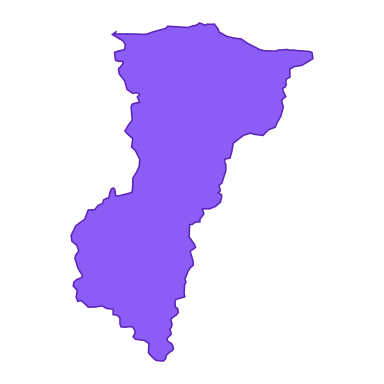 the district of Ansina, Tacuarembó, Uruguay
{"feature_id": "84410073B28214065612775", "entity_name": "Ansina", "entity_type": "district", "adm_level": 2, "iso_a3": "URY", "parent_name": "Uruguay", "parent_adm1": "Tacuarembó", "projection": "natural_earth1", "projection_center": [-55.347, -31.995], "detail": "fine", "context": "isolated", "style": "filled", "palette": "violet", "viewbox_px": 384, "rotation_deg": 0, "n_neighbors": 0, "source": "geoboundaries", "source_scale": "gbopen_adm2", "svg_char_len": 4599}
<svg xmlns="http://www.w3.org/2000/svg" viewBox="0 0 384 384"><path d="M112.3,34.5L117.7,37.7L123.0,40.9L125.1,44.1L125.1,46.9L124.5,49.6L122.6,50.1L118.1,51.0L114.5,52.4L114.9,56.0L115.5,60.3L118.4,61.4L122.9,61.4L122.8,64.0L118.4,69.0L119.3,74.1L124.7,80.9L127.0,89.5L129.6,91.1L132.6,93.4L136.7,92.7L139.1,93.6L139.5,94.7L137.3,96.8L138.3,99.2L139.1,101.2L139.5,102.4L136.4,102.8L132.2,104.1L131.1,106.8L132.2,120.3L128.9,124.2L124.9,131.0L128.9,135.3L132.8,138.7L131.5,147.1L135.2,150.3L139.7,159.2L139.2,166.5L136.5,172.2L132.9,177.9L132.7,185.6L132.4,190.1L131.6,192.5L124.2,194.5L118.2,196.0L115.7,195.8L115.4,193.4L115.0,190.0L113.4,187.9L111.3,189.0L109.8,192.9L108.8,197.8L106.7,198.4L103.7,199.7L102.7,203.3L101.2,204.0L98.0,205.5L94.6,209.7L88.2,210.0L84.7,219.2L75.9,225.7L71.1,235.4L71.9,241.3L76.8,245.3L78.7,251.0L75.5,255.4L74.9,258.6L76.4,262.7L77.7,267.6L79.8,271.4L82.2,275.1L81.9,277.5L76.8,279.5L73.8,282.2L73.2,286.1L77.2,290.3L76.2,297.2L77.8,301.3L81.4,300.7L84.7,303.7L88.3,307.2L95.3,307.0L102.3,305.9L106.4,308.4L113.1,309.3L113.1,314.7L117.0,315.1L119.9,317.8L120.0,324.3L121.2,327.0L123.3,327.1L125.6,327.2L129.7,326.7L132.5,327.0L134.8,330.5L135.0,333.4L133.1,336.8L135.3,339.1L139.1,339.8L144.0,340.3L148.9,343.5L148.4,352.6L149.9,354.7L152.8,357.6L155.9,360.3L160.1,360.9L163.3,361.0L165.3,359.3L166.5,355.2L169.7,352.1L172.2,350.6L173.5,348.8L172.5,345.1L171.1,343.1L168.7,342.1L166.8,339.4L168.1,337.3L171.1,334.5L170.9,332.1L170.0,329.4L171.5,326.8L172.1,324.0L171.3,322.1L171.0,319.3L172.6,317.5L176.1,315.2L178.3,312.4L177.6,308.4L175.3,306.9L175.0,301.9L176.0,299.3L184.8,296.9L184.1,292.9L184.6,285.0L185.9,282.2L184.9,279.1L188.1,271.2L190.3,267.7L193.3,265.2L193.1,261.1L191.0,254.2L190.2,251.3L195.5,247.5L194.7,244.9L189.1,236.7L189.5,228.8L189.6,224.6L192.3,224.5L195.3,222.2L199.9,221.9L199.9,219.3L201.4,217.4L203.9,213.9L202.3,208.8L209.4,208.9L215.2,206.6L220.4,202.3L221.7,196.9L221.6,194.7L219.0,193.4L218.2,192.8L220.1,191.3L220.1,189.7L219.0,185.2L221.8,183.3L223.7,177.4L225.8,170.9L225.9,164.5L224.7,162.4L224.8,159.2L230.0,158.1L231.9,151.3L233.3,143.2L243.6,135.3L250.4,133.2L254.7,134.4L263.0,135.5L268.3,129.9L275.2,127.2L277.1,122.7L280.8,116.3L283.3,107.1L281.6,100.7L282.9,98.8L285.8,96.6L284.4,93.7L283.0,90.7L282.7,88.4L285.3,86.9L286.4,84.4L285.7,82.2L286.5,79.1L290.0,77.1L289.8,69.2L294.4,66.5L301.9,65.4L312.9,58.7L312.9,58.4L312.8,57.8L312.6,56.9L312.6,56.4L312.5,55.7L312.3,54.8L312.2,53.8L312.1,53.1L312.1,52.8L312.0,52.7L311.9,52.6L311.6,52.4L311.3,52.3L310.7,52.0L310.4,51.9L310.0,51.7L309.4,51.6L308.9,51.4L308.7,51.4L308.2,51.3L307.9,51.3L307.3,51.3L306.4,51.2L305.2,51.1L304.2,51.1L303.3,51.0L302.3,50.9L301.4,50.9L300.5,50.8L299.7,50.8L298.8,50.7L298.0,50.6L297.0,50.5L296.1,50.4L295.2,50.3L294.5,50.2L294.0,50.1L293.5,50.1L293.0,50.0L292.6,50.0L292.3,50.0L292.1,50.0L291.7,50.0L291.0,50.1L290.7,50.1L290.1,50.2L289.9,50.2L289.6,50.2L289.3,50.2L289.1,50.1L288.8,50.0L288.4,49.9L288.0,49.7L287.5,49.6L287.2,49.5L286.8,49.5L286.5,49.5L286.2,49.5L285.7,49.6L285.2,49.6L284.8,49.6L284.5,49.7L284.2,49.7L283.8,49.8L283.4,49.8L283.1,49.8L282.6,49.9L282.2,49.9L281.8,49.9L281.5,50.0L280.9,50.0L280.6,50.0L280.2,50.0L279.7,50.0L279.3,50.0L278.8,50.0L278.4,50.0L278.2,50.0L277.8,50.2L277.6,50.3L277.4,50.4L277.2,50.5L276.9,50.7L276.6,50.8L276.4,50.8L275.9,50.9L275.5,51.0L275.4,51.0L274.7,51.0L273.6,51.0L272.6,51.0L271.5,51.0L270.6,50.9L270.0,50.9L269.0,50.9L268.4,50.9L267.9,50.9L267.1,50.9L266.3,50.8L265.2,50.8L264.4,50.8L264.0,50.7L263.6,50.6L262.6,50.3L261.9,50.1L260.7,49.8L260.2,49.7L259.8,49.5L259.3,49.3L259.0,49.2L258.3,48.9L257.4,48.4L256.3,47.8L255.2,47.3L254.3,46.8L253.3,46.3L252.3,45.7L251.3,45.2L250.0,44.6L249.1,44.1L247.6,43.3L246.0,42.3L244.8,41.4L244.3,41.1L243.6,40.6L243.0,40.2L241.5,39.2L241.1,39.0L241.0,38.9L240.8,38.9L240.5,38.8L240.3,38.8L239.6,38.7L238.5,38.6L237.4,38.5L237.0,38.4L236.3,38.3L235.3,38.2L234.6,38.1L234.0,38.0L232.4,37.7L232.1,37.7L231.5,37.5L230.8,37.3L230.1,37.1L229.8,37.0L229.4,36.9L229.0,36.9L228.4,36.7L227.9,36.6L227.6,36.5L227.0,36.4L224.6,35.1L223.8,34.7L223.3,34.4L223.0,34.2L222.5,33.9L221.6,33.4L219.8,32.4L219.2,31.9L219.0,31.7L218.8,31.0L218.6,30.6L218.6,30.4L218.1,29.1L214.5,24.3L214.4,24.1L210.0,24.3L207.1,24.1L205.6,25.0L204.6,24.9L203.6,24.7L201.9,23.8L200.3,23.2L199.3,23.0L197.7,24.4L196.7,24.9L195.7,25.3L194.9,25.5L192.5,25.9L190.6,26.7L189.1,27.0L188.2,27.5L167.8,26.2L165.5,28.5L158.4,30.4L152.4,32.1L146.7,34.1L144.8,34.3L141.3,34.3L138.1,34.1L134.4,34.0L127.3,33.9L115.2,34.0L115.8,32.0L112.3,34.5Z" fill="#8b5cf6" stroke="#5b21b6" stroke-width="1.5"/></svg>